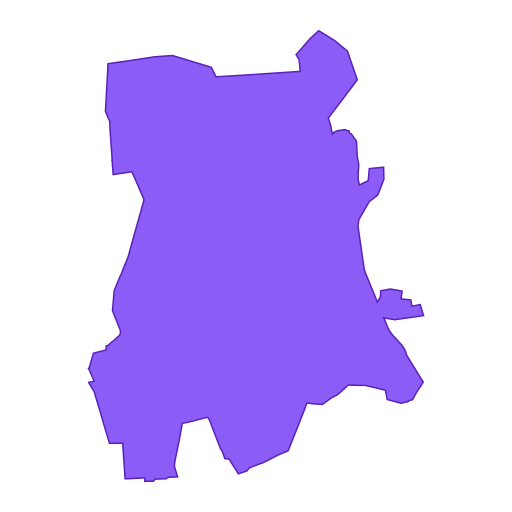 the district of Ipiķu pag., Rujienas, Latvia
{"feature_id": "27541924B90668433326116", "entity_name": "Ipiķu pag.", "entity_type": "district", "adm_level": 2, "iso_a3": "LVA", "parent_name": "Latvia", "parent_adm1": "Rujienas", "projection": "mercator", "projection_center": [25.158, 58.033], "detail": "fine", "context": "isolated", "style": "filled", "palette": "violet", "viewbox_px": 512, "rotation_deg": 0, "n_neighbors": 0, "source": "geoboundaries", "source_scale": "gbopen_adm2", "svg_char_len": 3841}
<svg xmlns="http://www.w3.org/2000/svg" viewBox="0 0 512 512"><path d="M177.6,476.9L174.4,466.3L174.8,462.0L175.5,458.3L179.1,440.8L179.2,440.3L182.3,423.4L187.3,422.4L194.8,420.5L203.3,418.3L207.1,417.3L208.7,418.4L208.7,418.6L208.8,418.7L209.0,419.2L210.1,421.6L213.4,430.4L213.8,431.4L218.2,442.7L220.6,448.9L222.3,451.3L224.9,458.7L225.7,458.7L226.3,458.8L227.8,458.9L228.8,459.0L229.3,459.2L230.7,461.7L234.5,467.7L238.3,473.8L241.7,472.7L246.8,471.0L247.2,470.5L249.4,467.8L261.1,463.3L261.8,463.3L269.0,459.7L277.8,455.2L288.1,450.8L296.7,429.4L299.3,422.7L303.9,411.1L306.7,403.5L306.9,403.0L312.2,403.7L314.2,403.9L317.3,404.1L322.3,404.5L330.7,398.4L330.8,398.3L331.0,398.1L334.5,396.3L337.9,394.5L338.0,394.3L338.2,394.2L342.1,390.7L345.9,387.2L347.1,386.1L348.3,385.1L354.4,385.2L360.5,385.4L362.9,385.4L365.3,385.4L370.3,386.6L375.2,387.7L380.3,389.0L385.4,390.2L386.0,393.3L386.6,396.3L386.6,396.5L386.9,397.8L387.2,399.1L387.2,399.3L387.2,399.5L400.5,403.1L401.2,403.3L406.4,401.9L407.4,401.9L410.6,400.1L412.5,399.8L416.3,392.8L423.1,382.4L423.2,382.1L406.6,355.1L406.2,353.6L405.9,352.4L405.6,351.6L404.8,349.9L404.2,348.8L403.4,347.4L402.5,345.9L402.4,345.8L401.4,344.6L400.5,343.6L393.6,336.2L392.0,334.3L390.3,332.1L388.9,329.8L388.2,328.4L387.4,326.7L383.9,317.9L394.8,319.7L398.3,319.2L423.6,315.6L420.2,304.6L411.9,306.2L410.8,299.9L401.1,298.9L402.1,291.1L390.3,289.0L380.7,290.8L380.5,296.8L377.4,302.1L372.8,290.9L365.8,273.8L365.1,272.0L364.5,269.9L364.0,267.7L363.8,266.5L358.0,226.1L358.9,219.5L369.2,201.7L377.7,195.1L383.9,179.3L383.6,167.2L369.3,168.6L368.2,180.6L359.4,185.0L358.1,179.1L358.2,173.0L358.8,165.1L357.2,156.1L356.5,141.2L351.5,134.2L349.3,132.7L349.0,130.7L346.5,130.6L345.5,129.6L342.9,129.9L338.1,130.6L336.4,131.1L334.2,132.1L332.3,134.1L330.6,125.2L328.3,118.1L337.5,106.0L357.3,79.8L347.4,51.1L334.6,40.5L323.9,33.9L318.7,30.7L310.2,38.5L296.1,54.7L299.2,59.7L299.2,61.1L300.1,70.3L300.2,71.4L298.8,71.5L262.2,73.9L249.3,74.8L216.1,76.8L211.3,67.3L172.4,55.5L154.6,56.8L129.6,60.6L108.0,63.7L107.3,77.2L106.8,87.3L106.5,91.3L105.9,103.9L105.4,111.4L106.1,112.9L106.3,113.1L106.5,113.4L106.3,113.5L108.6,118.9L109.7,121.2L109.9,126.0L110.3,133.7L110.3,134.0L110.3,134.3L110.4,134.6L111.2,146.6L112.0,156.6L112.0,157.2L112.2,160.4L111.9,160.4L112.0,160.8L112.2,161.3L112.3,162.9L112.9,170.8L113.1,174.0L113.2,174.6L131.6,171.8L131.9,171.8L134.2,176.9L134.6,177.8L135.6,180.1L137.1,183.7L137.9,185.1L139.6,189.5L141.0,192.5L142.1,195.1L143.3,197.9L143.8,199.2L143.8,200.4L143.4,201.9L142.9,204.2L141.8,207.4L141.2,210.2L140.2,213.5L139.4,216.2L138.9,218.6L137.9,221.6L137.0,224.9L136.3,227.3L135.4,230.6L134.2,234.6L133.0,239.1L132.6,240.8L132.0,242.6L131.1,245.9L130.2,249.2L129.3,252.6L129.2,252.9L128.2,256.6L127.8,257.4L126.3,261.3L125.2,263.9L124.7,265.1L123.5,268.0L121.6,273.3L120.5,275.4L118.7,279.7L116.5,284.9L115.1,288.5L114.2,290.7L113.9,294.0L113.1,303.4L113.0,304.7L112.9,305.9L112.6,308.1L112.6,309.2L112.5,310.4L112.6,310.9L113.1,312.1L113.5,313.2L113.9,314.3L117.1,322.3L117.4,323.2L119.1,327.2L119.7,328.8L120.0,329.7L120.5,331.4L120.5,331.5L120.3,333.4L120.2,334.0L119.3,335.6L118.4,336.3L118.0,336.6L114.1,340.2L110.7,342.9L109.1,344.5L107.2,345.7L106.1,345.9L106.2,348.0L106.2,349.2L106.1,349.8L103.2,350.7L95.2,352.7L93.9,353.1L93.4,353.3L93.5,353.5L93.2,354.1L93.0,354.9L91.9,358.5L91.0,361.5L89.2,367.9L89.1,368.5L88.9,368.0L88.4,368.3L89.8,371.2L90.8,373.5L92.2,376.7L94.1,381.3L88.6,382.4L88.6,382.5L92.5,389.0L92.8,389.4L93.1,389.9L94.2,391.7L94.9,394.3L99.8,410.5L100.8,413.9L102.9,421.3L106.9,434.6L109.5,443.3L122.7,443.3L123.6,457.2L124.5,469.8L124.8,474.5L125.1,478.8L131.3,478.6L144.3,477.9L144.7,477.9L144.7,480.6L144.7,481.3L153.4,481.2L155.4,479.1L165.7,478.8L166.5,478.7L168.1,477.3L177.6,476.9Z" fill="#8b5cf6" stroke="#5b21b6" stroke-width="1.5"/></svg>